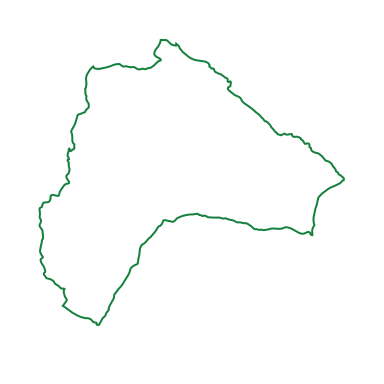 Confines, Santander, Colombia (Albers equal-area conic projection), rotated 189°
{"feature_id": "7082276B80163304219298", "entity_name": "Confines", "entity_type": "district", "adm_level": 2, "iso_a3": "COL", "parent_name": "Colombia", "parent_adm1": "Santander", "projection": "albers", "projection_center": [-73.237, 6.361], "detail": "fine", "context": "isolated", "style": "outline", "palette": "green", "viewbox_px": 384, "rotation_deg": 189, "n_neighbors": 0, "source": "geoboundaries", "source_scale": "gbopen_adm2", "svg_char_len": 6019}
<svg xmlns="http://www.w3.org/2000/svg" viewBox="0 0 384 384"><g transform="rotate(189 192 192)"><path d="M313.7,277.1L313.4,276.4L312.6,272.3L312.1,271.2L311.4,270.5L311.2,270.0L311.2,268.3L310.9,267.0L310.4,266.0L307.9,263.1L307.2,259.7L307.4,259.1L309.3,256.8L309.9,255.4L310.3,254.0L312.2,253.1L314.1,251.8L315.9,251.0L316.7,250.4L317.1,249.6L317.8,243.2L318.5,239.8L320.8,233.5L320.8,233.0L320.6,232.3L319.8,230.9L319.1,228.9L318.1,223.5L317.5,222.3L316.8,221.4L315.6,220.7L315.6,218.7L315.1,217.9L315.2,216.5L315.5,215.7L316.4,215.5L317.4,214.2L318.0,213.5L318.5,213.4L318.8,213.5L319.6,215.4L319.9,215.7L320.1,215.5L320.4,214.7L320.2,213.3L320.6,211.1L320.7,209.5L320.4,207.9L319.3,206.6L318.7,205.4L318.6,205.0L318.8,204.9L319.5,204.8L319.9,204.0L319.5,203.1L318.3,201.8L318.0,199.2L316.6,195.5L316.4,194.6L316.7,191.6L317.3,190.3L317.9,189.7L318.5,188.6L318.5,187.3L317.8,185.9L315.1,182.9L314.8,182.0L314.9,181.5L315.2,181.2L316.9,180.6L318.1,179.9L319.3,178.7L321.9,173.3L322.6,171.3L323.1,167.5L324.0,167.1L328.9,167.4L329.6,167.3L330.4,166.7L331.1,165.7L331.1,165.2L330.6,163.5L331.1,161.2L331.6,160.2L332.1,159.7L333.8,159.1L335.8,158.7L337.2,158.0L337.7,156.1L338.0,153.7L339.5,152.7L339.9,151.4L339.8,150.2L339.1,148.4L338.7,146.4L338.6,143.8L338.1,142.3L336.9,140.9L336.6,139.9L336.7,138.1L337.4,135.7L337.3,135.2L337.0,134.4L336.4,133.5L334.3,131.4L333.6,130.2L332.5,126.1L332.1,124.0L331.9,123.2L332.0,122.3L332.4,121.7L332.6,120.9L332.6,117.7L332.8,115.5L332.9,111.2L332.8,109.8L332.6,109.0L332.1,108.0L331.5,107.4L331.0,106.5L329.1,104.6L329.1,104.1L329.3,103.7L330.6,102.3L330.9,101.6L330.9,101.0L330.6,100.1L329.5,98.3L326.4,94.7L324.5,91.0L324.7,89.8L325.4,88.9L325.5,88.4L325.3,87.4L325.0,87.0L322.9,84.9L322.6,84.4L321.9,84.0L319.9,83.9L318.7,83.8L317.5,83.5L315.7,82.8L314.4,81.9L313.1,80.1L308.9,78.2L307.1,76.8L305.6,76.2L305.2,76.1L304.4,76.5L303.3,76.5L302.7,76.2L303.0,75.5L303.2,74.0L302.9,72.7L301.1,68.6L300.3,68.0L299.0,66.3L298.8,65.4L299.4,63.9L301.8,59.3L299.7,58.5L290.9,53.9L285.5,52.0L282.4,51.2L280.2,50.9L277.5,50.7L275.1,51.1L273.8,50.9L272.3,50.5L271.3,49.9L269.2,48.1L268.4,48.0L266.1,47.9L265.6,47.5L265.5,46.2L265.2,46.0L263.1,46.1L260.4,53.6L258.6,55.6L258.0,57.4L257.8,58.9L255.7,62.7L256.0,63.3L256.1,64.4L255.4,67.1L252.8,74.3L252.5,75.3L252.7,77.7L252.6,78.6L249.3,84.9L247.8,87.0L246.4,89.5L241.8,100.5L241.1,103.2L240.9,105.4L240.7,106.5L240.3,107.5L238.8,109.4L236.7,111.1L234.8,112.2L234.5,112.8L234.4,115.0L234.5,117.6L234.2,122.6L234.5,125.7L234.5,128.1L233.5,131.8L232.7,132.4L231.2,133.7L230.3,134.8L227.3,139.6L226.0,140.8L221.8,147.7L221.3,149.1L219.7,152.6L219.1,153.1L218.4,153.4L217.7,154.2L216.9,155.4L216.4,156.7L216.1,158.6L215.8,159.4L214.4,160.0L206.6,159.5L205.4,160.0L204.1,161.4L203.0,163.4L201.2,164.7L197.8,166.8L193.5,168.6L189.6,169.7L187.9,169.9L184.3,171.1L182.9,171.3L182.1,171.0L181.5,170.5L179.1,170.4L178.6,170.0L177.2,170.1L176.4,170.5L175.6,170.6L174.0,170.3L172.3,169.6L167.4,170.0L160.9,171.0L157.1,170.6L154.6,171.3L151.6,170.6L148.1,170.5L146.4,170.3L143.7,169.3L142.2,169.1L141.1,169.4L139.0,169.5L135.9,169.3L134.1,169.6L132.1,169.3L130.2,168.4L128.0,167.4L125.1,165.4L123.7,165.1L122.0,165.4L120.0,165.0L118.3,165.6L115.4,165.5L113.7,166.0L110.2,167.2L108.1,168.2L106.4,168.6L100.5,169.2L97.2,170.0L94.9,171.5L93.8,171.9L92.8,172.0L91.1,171.9L88.1,171.4L79.7,168.3L77.3,167.9L74.9,168.4L71.5,170.6L70.6,170.8L69.2,170.4L67.9,168.4L66.5,168.2L66.4,168.8L67.1,171.6L67.3,173.8L66.9,175.9L65.9,178.6L66.5,179.6L67.1,181.2L67.8,184.4L67.9,185.7L67.5,194.9L66.8,199.0L66.4,205.6L66.0,206.9L64.3,209.4L62.7,211.5L57.4,216.8L55.0,218.6L51.7,220.6L47.5,223.6L46.8,224.3L46.2,225.1L45.0,226.9L44.4,227.3L44.1,227.3L44.1,229.2L44.6,229.7L47.7,231.6L49.6,232.3L50.1,232.7L50.9,233.9L53.1,235.1L53.3,235.9L53.8,236.6L55.4,238.4L56.8,239.3L57.1,240.0L58.7,241.9L61.1,243.2L62.4,243.6L65.1,244.0L68.9,247.5L72.2,249.4L73.4,249.9L76.1,250.1L78.4,250.6L79.6,251.1L80.4,251.7L80.9,252.4L81.3,253.9L83.1,254.9L83.2,256.4L83.6,257.4L84.3,258.0L85.2,258.1L86.0,258.0L87.2,257.3L88.0,257.3L88.5,257.6L88.9,258.2L90.5,260.0L91.3,260.5L92.4,260.9L92.8,261.3L93.0,262.1L94.3,262.6L97.1,263.1L99.1,262.5L99.8,262.4L100.7,262.6L101.4,262.9L102.2,263.9L102.3,264.6L102.7,264.9L107.1,263.5L108.3,263.5L109.4,264.1L109.9,264.1L112.6,262.1L113.1,262.0L114.0,262.3L114.3,262.2L116.5,262.5L117.6,263.8L118.1,263.8L119.1,264.4L121.6,266.7L123.6,268.2L124.4,269.1L124.8,269.8L127.0,271.7L129.5,273.3L130.8,273.3L131.6,273.8L133.0,275.2L135.2,276.7L136.1,277.6L137.9,278.9L142.1,281.2L143.7,282.4L148.0,284.8L154.4,287.9L156.0,289.0L157.1,290.0L158.2,291.8L159.2,292.6L160.6,293.3L164.9,294.4L170.9,297.8L172.4,299.0L172.9,300.0L172.8,300.5L172.5,301.1L171.0,302.2L170.7,302.7L170.7,306.3L171.2,307.1L171.6,307.2L172.9,306.4L173.8,306.5L174.2,307.0L174.2,308.5L174.5,309.1L175.1,309.7L177.0,310.2L181.4,312.5L185.3,313.4L186.4,313.9L187.1,314.0L188.0,314.4L188.6,315.0L189.5,316.7L190.1,317.3L191.0,317.2L191.3,317.0L192.3,317.2L193.6,318.3L194.5,318.6L194.6,319.4L194.5,320.0L194.6,320.4L196.3,321.9L197.8,322.5L199.0,322.8L201.7,322.9L208.7,322.8L210.4,323.0L214.0,323.9L216.0,324.7L222.8,328.7L225.6,331.1L226.8,332.4L227.8,334.1L230.8,336.0L230.8,334.1L234.0,334.1L235.9,334.8L239.6,337.3L240.8,337.9L242.0,338.0L243.2,337.7L246.7,337.3L246.8,334.7L247.9,331.2L248.3,330.1L249.4,328.4L250.5,326.0L251.0,323.6L250.9,322.7L250.4,321.6L249.7,320.9L248.5,320.1L244.2,318.6L243.6,317.9L243.6,316.9L244.7,316.6L246.0,315.5L247.7,313.4L249.0,311.5L251.5,308.9L253.1,307.8L254.9,307.4L257.2,306.0L257.8,305.9L260.0,306.1L262.8,304.9L263.7,304.8L265.2,304.9L268.0,306.1L268.9,306.3L270.3,306.1L271.0,305.8L272.6,305.6L276.6,305.9L279.7,305.1L281.4,305.9L282.9,306.7L283.7,307.0L285.3,306.8L287.6,306.1L289.9,305.0L291.8,303.7L296.5,301.5L301.1,299.7L303.3,299.0L304.5,298.8L307.4,298.8L308.5,299.4L309.1,300.5L310.0,299.8L311.9,296.8L314.2,291.4L314.5,287.6L313.4,283.3L313.1,281.2L313.3,277.9L313.7,277.1Z" fill="none" stroke="#15803d" stroke-width="2"/></g></svg>